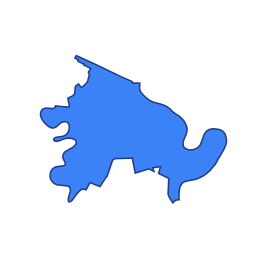 outline of Kien An, Hải Phòng, Vietnam, rotated 71°
{"feature_id": "81297802B17638458778811", "entity_name": "Kien An", "entity_type": "district", "adm_level": 2, "iso_a3": "VNM", "parent_name": "Vietnam", "parent_adm1": "Hải Phòng", "projection": "robinson", "projection_center": [106.638, 20.806], "detail": "fine", "context": "isolated", "style": "filled", "palette": "blue", "viewbox_px": 256, "rotation_deg": 71, "n_neighbors": 0, "source": "geoboundaries", "source_scale": "gbopen_adm2", "svg_char_len": 3828}
<svg xmlns="http://www.w3.org/2000/svg" viewBox="0 0 256 256"><g transform="rotate(71 128 128)"><path d="M89.4,102.2L88.5,104.5L86.9,109.3L85.4,109.0L78.0,117.1L64.0,131.2L57.6,137.7L57.0,138.3L42.7,153.3L44.6,155.5L47.2,153.0L48.2,153.7L49.8,152.5L53.1,149.0L53.7,149.5L59.7,143.8L60.7,145.3L62.0,146.9L62.9,147.5L63.8,147.0L64.4,147.1L66.2,148.0L69.0,149.9L70.3,150.6L71.2,151.5L72.3,153.3L73.4,155.5L73.5,155.7L74.1,157.0L74.4,158.1L74.0,158.9L72.1,159.9L70.2,160.4L71.0,162.3L71.1,163.7L71.9,164.4L72.3,164.6L73.7,165.2L75.0,165.8L76.5,166.5L77.9,167.2L78.4,167.7L78.7,168.2L78.9,168.5L79.4,169.5L79.7,170.5L79.9,172.0L80.0,173.5L80.1,174.7L80.4,175.2L82.1,175.5L84.5,175.8L86.6,176.0L89.1,176.8L87.2,181.2L86.3,183.4L83.4,189.3L84.6,190.1L84.9,190.7L85.1,191.4L85.1,192.1L85.0,193.2L82.8,198.0L82.3,200.1L82.3,200.9L82.3,201.8L82.4,202.5L82.8,203.4L84.2,205.0L85.1,205.5L85.9,206.0L87.0,206.4L88.3,206.7L89.6,206.7L91.1,206.6L92.8,206.3L96.9,204.8L99.9,203.1L100.9,202.4L101.9,201.6L102.7,200.6L103.3,199.9L103.5,199.1L103.7,198.3L103.8,197.0L103.7,196.0L103.5,195.4L102.1,192.0L101.3,189.9L101.1,188.8L101.2,187.1L101.4,185.9L101.9,184.6L102.6,183.8L103.4,183.3L104.8,182.8L106.3,182.8L107.6,183.0L109.4,183.7L111.2,184.9L112.4,186.0L113.4,187.2L114.0,188.5L114.5,190.1L114.6,191.4L114.5,193.1L113.4,199.0L113.4,200.0L113.6,200.9L114.0,201.5L114.6,202.0L115.6,202.0L116.3,201.7L117.1,200.3L117.6,198.7L117.7,196.8L117.5,192.1L117.7,190.0L118.1,187.9L118.9,186.0L119.8,184.2L120.9,182.9L122.0,181.9L123.0,181.5L124.1,181.4L125.3,181.8L126.2,182.5L127.3,184.0L128.3,186.6L129.8,194.8L130.5,196.4L131.8,197.8L133.5,198.8L135.3,199.3L138.8,198.9L141.1,198.7L142.0,199.1L142.5,199.8L142.7,200.9L142.6,202.1L141.7,206.2L141.3,208.7L141.4,210.4L142.0,212.3L143.3,214.4L145.2,216.1L147.3,217.1L149.5,217.7L151.4,217.8L154.5,217.0L156.8,215.6L158.8,213.2L162.7,205.0L163.3,203.9L164.0,203.0L164.4,202.8L164.8,202.6L165.7,202.4L166.4,202.4L168.7,202.9L174.2,206.8L176.7,208.0L178.0,208.2L178.6,208.0L178.9,207.3L178.8,206.1L178.0,204.1L173.9,198.2L171.7,194.4L171.2,192.5L171.0,191.0L171.3,189.7L172.8,187.7L167.2,181.8L174.3,173.5L168.4,166.0L167.6,165.1L167.4,164.4L167.3,163.9L167.0,163.6L165.7,162.6L154.2,153.6L153.4,152.9L153.0,151.9L152.9,151.1L152.9,150.4L152.9,149.7L153.9,146.6L157.2,136.1L158.1,133.6L160.5,134.2L161.4,134.2L169.0,135.3L173.0,135.9L173.4,123.0L173.1,122.1L173.2,121.8L177.5,117.6L173.6,117.5L175.2,109.8L180.9,113.9L186.2,108.6L188.9,105.9L196.3,108.8L203.4,111.6L204.1,111.7L207.6,111.4L213.3,110.0L211.8,106.2L212.5,103.0L209.0,102.0L206.0,100.8L203.8,99.8L201.7,98.7L200.2,97.5L198.7,95.9L197.9,94.6L197.4,93.2L197.2,92.0L197.3,90.2L197.7,86.6L198.3,82.5L198.5,81.0L198.6,79.5L198.5,79.4L198.4,76.7L198.1,74.2L197.8,72.6L197.3,70.8L196.8,69.0L195.9,66.6L194.6,63.7L193.3,61.7L190.9,57.6L189.9,56.3L188.5,54.7L187.3,53.6L186.3,52.4L185.7,51.6L183.3,48.8L181.9,47.1L180.1,45.1L178.7,43.6L177.4,42.4L176.3,41.4L175.9,41.1L175.2,40.6L172.7,39.2L170.3,38.6L168.0,38.3L166.2,38.2L164.9,38.3L163.5,38.7L162.7,39.0L161.5,39.7L160.4,40.7L159.5,41.7L158.7,43.0L157.9,44.5L157.2,45.9L156.4,47.9L156.0,49.8L155.9,51.2L156.0,52.6L156.4,54.3L157.1,55.7L158.0,57.0L159.4,58.5L164.3,62.4L167.5,65.3L168.4,66.7L169.1,68.1L169.4,69.2L169.6,70.5L169.7,72.1L169.6,73.4L169.4,74.9L169.0,76.3L168.4,77.7L167.3,79.1L165.9,80.4L164.4,81.3L162.9,81.5L161.4,81.2L159.9,80.8L158.0,79.5L154.4,76.5L151.5,74.1L150.2,73.3L148.4,72.5L146.6,72.2L145.2,72.1L144.8,72.1L143.5,72.1L141.7,72.4L139.2,72.9L137.0,73.8L135.5,74.6L133.2,75.9L131.3,77.5L127.4,80.3L124.4,81.7L122.3,83.0L120.9,83.9L118.8,85.9L117.6,87.3L115.9,89.5L112.1,95.2L111.0,96.6L108.5,98.9L106.5,100.2L104.4,101.5L102.5,102.5L100.3,103.4L98.7,104.0L98.2,104.1L97.3,104.3L95.9,104.4L94.1,104.1L89.4,102.2Z" fill="#3b82f6" stroke="#1e3a8a" stroke-width="1.5"/></g></svg>